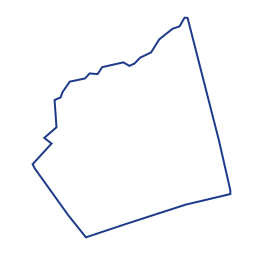 Jones, Georgia, United States of America (Natural Earth projection), rotated 86°
{"feature_id": "52423323B97127837198409", "entity_name": "Jones", "entity_type": "district", "adm_level": 2, "iso_a3": "USA", "parent_name": "United States of America", "parent_adm1": "Georgia", "projection": "natural_earth1", "projection_center": [-83.617, 33.014], "detail": "fine", "context": "isolated", "style": "outline", "palette": "blue", "viewbox_px": 256, "rotation_deg": 86, "n_neighbors": 0, "source": "geoboundaries", "source_scale": "gbopen_adm2", "svg_char_len": 521}
<svg xmlns="http://www.w3.org/2000/svg" viewBox="0 0 256 256"><g transform="rotate(86 128 128)"><path d="M211.3,193.4L234.1,177.6L223.6,136.8L217.2,111.1L208.5,76.0L201.0,30.5L197.1,30.3L147.1,38.1L22.3,60.9L21.9,63.9L30.2,69.5L32.1,76.6L41.7,90.6L54.2,99.7L58.6,110.8L64.2,117.1L66.1,122.4L62.2,128.0L65.5,149.5L72.1,154.6L70.9,162.5L75.6,167.5L77.7,182.9L87.6,190.8L92.8,193.1L95.0,199.3L122.3,199.3L132.0,212.2L138.2,205.4L157.5,225.7L162.1,223.7L211.3,193.4Z" fill="none" stroke="#1e3a8a" stroke-width="2"/></g></svg>